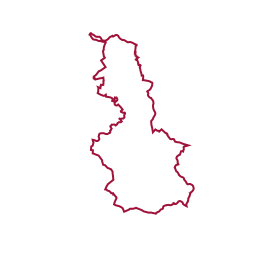 the district of Sintereag, Bistrita-Nasaud, Romania, rotated 52°
{"feature_id": "2599482B46871685550444", "entity_name": "Sintereag", "entity_type": "district", "adm_level": 2, "iso_a3": "ROU", "parent_name": "Romania", "parent_adm1": "Bistrita-Nasaud", "projection": "albers", "projection_center": [24.321, 47.167], "detail": "fine", "context": "isolated", "style": "outline", "palette": "rose", "viewbox_px": 256, "rotation_deg": 52, "n_neighbors": 0, "source": "geoboundaries", "source_scale": "gbopen_adm2", "svg_char_len": 5829}
<svg xmlns="http://www.w3.org/2000/svg" viewBox="0 0 256 256"><g transform="rotate(52 128 128)"><path d="M143.3,169.0L146.7,168.7L149.2,167.3L149.6,166.9L152.1,166.9L153.1,167.2L153.6,167.5L154.4,168.2L155.3,168.6L159.8,171.4L159.9,178.7L160.3,179.3L160.8,180.9L162.4,183.7L163.0,183.1L163.5,182.8L164.3,182.8L164.7,182.6L165.3,182.3L166.0,181.7L167.7,181.3L169.0,181.4L169.4,180.8L169.9,180.5L170.1,180.3L170.2,179.9L170.7,179.9L170.9,180.2L171.5,180.1L171.6,180.4L171.9,180.1L173.0,179.9L174.4,180.0L175.1,179.8L176.0,180.0L176.8,181.4L177.1,182.1L178.1,183.9L179.6,186.0L181.4,185.2L183.0,184.0L184.1,183.1L185.0,182.7L185.9,182.2L186.9,181.9L188.0,181.6L191.6,182.6L192.7,178.5L192.9,177.7L192.8,176.7L193.1,175.7L193.4,175.5L193.9,175.0L194.0,174.6L194.8,173.7L195.5,171.8L196.0,171.2L195.9,170.8L198.5,169.3L201.2,167.7L203.5,166.9L205.6,165.2L206.3,164.8L208.1,163.0L208.6,162.1L208.8,161.9L210.4,160.7L212.2,159.0L212.7,158.8L212.7,158.6L212.3,157.7L212.5,157.3L212.4,156.8L212.5,156.2L212.9,155.3L212.9,154.7L212.7,154.0L212.5,152.6L212.5,151.9L212.9,151.1L213.0,150.2L212.4,149.4L212.0,149.1L211.5,148.1L211.6,147.6L211.9,146.8L212.0,146.1L212.2,145.9L212.7,144.8L213.7,143.2L215.0,142.1L215.2,141.7L215.4,141.3L215.4,140.7L215.7,140.0L215.5,139.2L215.2,138.8L215.3,138.2L215.9,138.3L216.4,138.2L216.7,138.0L216.9,137.4L217.4,137.1L217.5,135.8L217.2,134.1L216.9,133.7L216.9,133.4L217.4,132.3L218.0,131.6L220.1,130.9L220.9,131.0L221.7,131.4L223.0,131.1L223.6,130.9L224.3,130.4L224.8,130.3L225.0,130.4L225.7,130.0L224.9,129.7L223.6,128.4L222.9,126.4L222.9,126.1L222.2,125.6L221.8,124.8L221.0,124.1L220.6,123.9L219.9,121.9L219.4,121.6L219.3,121.0L218.8,120.3L218.4,119.9L218.2,119.4L217.6,119.3L217.8,118.9L217.6,118.5L217.4,118.2L217.5,117.0L217.2,115.3L216.9,114.5L216.2,113.6L215.8,113.2L214.7,112.9L213.8,112.4L212.2,112.6L210.7,113.3L209.9,114.1L209.1,115.6L208.8,115.8L207.3,115.7L205.2,115.4L203.1,115.5L202.3,115.0L201.9,114.9L201.1,115.0L200.4,115.3L199.2,116.1L198.0,116.5L196.4,116.8L196.0,116.5L195.2,116.5L193.9,116.2L192.9,116.2L192.0,116.6L191.2,116.5L189.9,116.0L188.6,115.7L188.1,115.3L187.8,115.4L187.4,114.8L186.8,113.0L187.7,110.7L186.5,110.4L186.5,110.6L184.1,108.9L181.7,108.6L181.5,108.4L181.2,107.9L180.7,107.2L180.6,106.6L180.6,105.0L181.0,103.5L179.0,100.5L179.6,99.7L179.7,99.2L180.4,99.0L179.0,97.0L177.6,96.2L177.1,95.5L178.8,91.2L174.5,94.3L171.1,96.2L169.9,97.6L168.1,99.1L167.4,99.3L165.3,98.7L165.2,98.9L164.5,99.2L164.0,99.8L163.6,100.8L162.6,101.5L159.3,101.5L157.6,101.3L157.3,100.8L156.6,100.7L156.1,100.8L156.1,101.0L154.7,101.6L149.7,102.4L150.0,105.6L149.1,105.6L148.2,106.6L146.8,107.0L146.0,107.3L146.7,111.0L143.0,109.0L140.1,107.7L136.9,105.6L136.2,102.7L135.3,101.4L134.6,99.3L133.6,97.7L132.4,97.0L129.7,96.6L127.7,95.8L125.4,94.3L124.5,92.9L123.9,92.5L122.3,91.6L121.1,91.4L119.1,91.5L118.6,91.3L117.7,92.0L116.9,92.2L115.4,92.3L114.5,92.1L114.0,91.8L113.3,90.7L112.5,90.4L111.1,90.4L111.0,89.9L111.1,88.9L111.3,87.6L110.9,85.8L109.6,83.2L108.2,81.6L107.4,81.2L107.2,81.0L106.9,81.1L105.6,81.9L105.1,81.9L103.4,83.1L100.0,86.1L99.4,86.8L97.1,84.5L95.9,83.8L95.2,84.6L95.1,84.9L93.0,83.8L91.0,83.1L89.0,82.0L87.7,81.6L86.6,79.9L85.6,80.6L85.5,79.9L84.2,80.7L83.5,80.4L83.1,79.9L79.1,78.5L79.3,79.6L78.9,79.7L78.7,78.6L78.8,77.4L78.8,76.5L77.1,77.4L76.8,77.0L75.7,77.6L75.1,77.2L74.6,76.7L73.8,77.0L73.1,75.8L73.2,75.7L73.0,75.4L72.7,75.2L72.3,75.7L71.5,74.7L69.5,72.7L67.9,71.3L67.8,71.1L68.2,70.4L67.7,70.0L65.6,71.2L64.0,71.8L62.3,72.8L61.2,73.7L60.7,74.9L60.1,75.6L59.0,75.9L56.4,76.9L55.7,77.4L55.5,78.0L55.1,78.3L53.1,79.1L51.4,79.3L49.3,79.0L48.2,79.3L47.8,79.6L47.2,80.3L46.7,83.5L45.8,83.5L45.2,86.4L45.7,89.2L45.4,91.4L45.2,92.3L44.1,93.4L42.5,94.7L41.6,94.2L40.9,94.1L39.7,94.0L39.2,94.1L38.5,94.4L36.6,96.8L35.3,97.4L34.0,97.6L32.1,98.5L30.4,98.9L30.3,99.5L30.5,100.0L30.8,100.8L31.2,100.6L34.0,100.9L34.6,101.0L36.6,100.9L37.8,100.0L38.5,99.2L39.1,98.7L40.8,97.9L41.6,97.3L42.2,96.4L44.2,95.1L45.5,93.7L46.3,92.6L46.9,92.8L47.9,94.9L49.0,96.6L50.1,98.0L51.5,99.0L51.9,100.3L56.7,102.9L58.4,103.0L58.2,107.6L66.2,108.2L65.9,114.1L65.3,116.1L66.3,119.7L66.5,121.3L66.4,123.3L67.2,124.1L67.5,123.7L68.0,123.5L68.4,123.6L68.5,124.3L69.6,124.0L69.8,123.3L70.3,122.5L71.5,119.7L72.4,118.2L73.1,116.4L73.6,116.8L75.8,118.0L75.9,118.6L77.7,119.8L78.1,120.3L78.4,120.8L78.8,121.0L78.6,121.4L77.3,122.6L78.2,123.7L78.1,123.8L79.6,125.2L77.4,126.5L78.2,126.7L79.9,128.1L80.6,128.7L81.9,130.4L85.7,128.7L86.3,128.1L86.8,128.0L87.5,127.5L88.0,127.0L88.1,125.0L89.8,126.0L92.7,123.3L94.0,122.5L95.5,122.0L96.9,123.8L98.7,122.5L96.0,119.5L96.4,119.3L96.9,118.3L98.8,118.7L99.5,119.4L99.6,119.8L99.6,121.3L99.7,121.8L100.0,123.2L101.2,123.9L102.1,123.9L102.9,123.5L103.3,123.0L103.5,122.5L103.6,122.0L103.5,121.3L107.2,120.9L110.2,120.9L110.3,123.2L110.8,123.5L111.3,123.5L111.4,123.4L111.4,123.0L112.1,123.0L113.0,122.5L113.7,121.2L114.1,121.1L114.5,121.2L115.1,121.8L115.3,122.7L115.8,123.4L117.3,124.1L117.4,124.3L117.6,125.1L117.6,126.0L116.8,127.0L116.5,128.1L116.0,128.6L115.5,128.7L115.5,129.0L117.4,128.8L119.0,128.9L119.0,130.0L118.9,130.3L118.7,130.7L118.2,131.1L117.8,131.6L117.8,133.5L118.1,133.8L118.4,134.3L118.4,136.2L117.1,136.4L116.7,136.8L116.1,137.8L115.3,138.8L115.7,139.5L115.7,140.8L115.9,141.0L118.4,141.3L118.4,141.6L119.3,143.2L119.1,143.7L120.7,144.9L120.7,145.3L120.2,146.5L120.2,147.7L119.9,148.3L118.9,149.3L117.1,150.4L115.4,152.7L115.1,153.6L115.1,154.2L115.3,154.8L115.9,155.3L116.3,156.0L116.8,156.5L118.5,157.1L119.3,157.7L119.5,158.8L119.6,159.4L119.4,160.0L119.1,160.6L118.7,161.0L116.8,162.0L115.5,163.1L116.9,163.8L118.2,164.1L120.2,166.8L119.9,168.3L122.5,170.7L123.9,169.4L126.3,171.4L127.1,170.8L129.3,169.6L131.3,168.3L132.3,168.1L137.6,168.3L138.5,169.0L141.7,170.2L143.3,169.0Z" fill="none" stroke="#9f1239" stroke-width="2"/></g></svg>